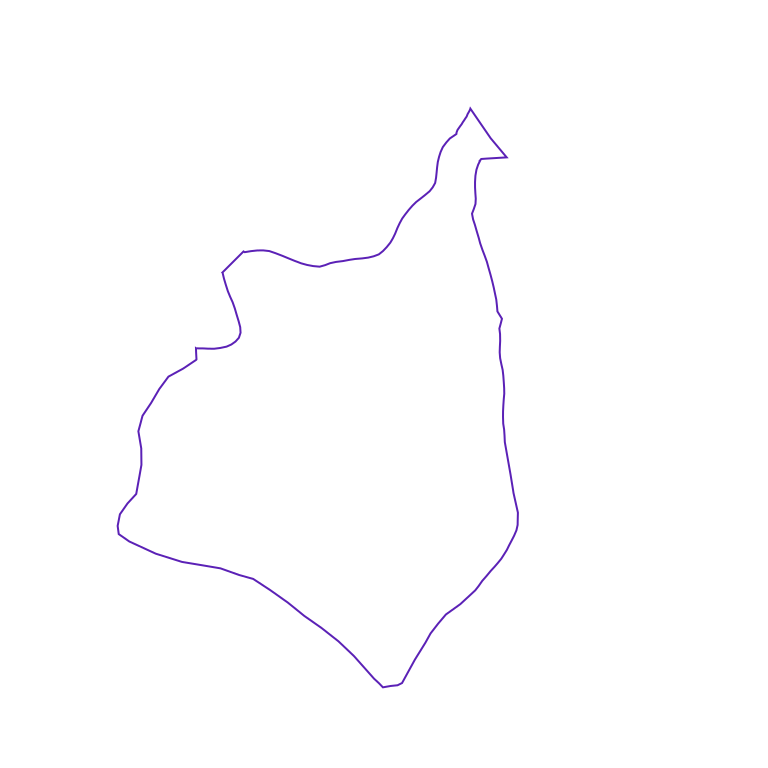 outline of Yafi', Lahij, Yemen, rotated 125°
{"feature_id": "15242507B78298704524990", "entity_name": "Yafi'", "entity_type": "district", "adm_level": 2, "iso_a3": "YEM", "parent_name": "Yemen", "parent_adm1": "Lahij", "projection": "equal_earth", "projection_center": [45.205, 13.861], "detail": "fine", "context": "isolated", "style": "outline", "palette": "violet", "viewbox_px": 768, "rotation_deg": 125, "n_neighbors": 0, "source": "geoboundaries", "source_scale": "gbopen_adm2", "svg_char_len": 2806}
<svg xmlns="http://www.w3.org/2000/svg" viewBox="0 0 768 768"><g transform="rotate(125 384 384)"><path d="M633.1,210.9L627.5,205.3L623.0,200.1L618.6,197.7L592.1,200.6L572.2,201.7L561.6,202.8L549.2,202.2L537.3,201.1L520.5,195.2L500.7,190.9L495.2,190.6L488.9,190.6L482.6,189.9L476.2,189.4L470.2,188.6L465.3,188.1L459.9,187.7L455.0,187.9L449.4,188.2L444.3,189.0L438.8,189.7L433.7,190.4L427.9,191.6L422.8,193.7L418.2,196.8L412.6,200.5L399.0,215.4L397.0,217.3L385.5,228.5L362.3,251.7L357.1,255.7L352.5,259.4L348.1,263.6L342.6,267.7L338.1,270.8L332.7,274.2L327.9,277.1L323.0,279.9L318.6,283.1L314.2,286.6L308.8,291.0L304.4,294.9L300.4,299.3L296.2,303.7L291.7,307.4L287.1,310.4L282.0,313.6L276.5,317.6L272.4,321.3L267.4,323.1L262.9,324.8L259.5,332.7L255.3,336.2L250.4,340.5L246.3,344.9L241.9,349.6L237.9,354.1L233.5,359.3L231.3,362.0L229.2,364.6L224.9,369.8L221.1,375.2L217.8,380.1L213.6,385.9L209.9,390.3L205.8,395.5L201.5,400.8L198.0,405.5L194.0,409.6L189.2,410.8L184.1,412.3L179.6,415.1L175.3,418.6L170.7,422.2L166.3,425.3L160.9,428.6L155.4,431.2L150.3,432.7L146.3,433.3L146.3,433.6L143.9,433.4L140.8,429.6L128.0,413.5L121.5,437.6L108.9,471.2L109.5,471.0L111.7,470.6L115.1,470.3L117.5,469.7L119.8,469.7L122.2,469.6L124.4,469.6L126.7,469.4L129.2,469.5L129.8,469.5L131.5,469.5L133.7,469.5L136.2,468.9L137.7,468.1L145.1,470.9L150.3,471.5L156.2,471.7L161.5,470.7L166.3,469.2L171.2,467.3L176.0,464.8L180.6,462.2L185.1,459.7L190.0,457.4L195.0,456.9L199.9,457.2L205.5,458.7L210.5,460.2L216.3,462.0L221.7,463.0L227.3,463.6L233.0,463.9L238.0,464.0L243.2,463.4L248.5,462.5L254.5,461.1L259.5,460.3L264.6,459.9L270.4,460.3L275.7,461.1L280.8,462.6L285.3,465.7L289.5,469.4L293.7,474.0L298.1,479.3L302.0,483.4L306.9,488.2L311.5,493.3L315.9,497.4L320.4,500.4L324.8,504.0L328.0,509.6L330.6,515.3L332.7,521.2L333.5,524.5L334.3,527.5L335.9,534.5L337.1,539.9L337.4,541.2L339.1,548.0L340.9,554.2L343.9,559.7L347.3,564.4L351.4,569.1L355.9,573.7L356.0,574.4L356.0,575.1L385.3,580.3L385.3,580.2L389.4,575.6L393.3,570.7L397.5,565.2L400.7,560.2L403.9,554.8L407.7,549.5L411.8,544.4L416.1,538.9L419.9,534.4L424.3,530.9L429.3,529.4L429.5,529.4L434.4,530.0L439.2,531.7L443.7,534.4L448.4,538.8L452.4,543.2L455.8,548.1L457.4,550.7L459.0,553.2L462.6,558.4L462.6,558.5L465.8,556.1L469.4,553.3L471.3,551.8L471.5,551.7L471.9,551.7L485.4,556.9L486.9,557.5L491.5,559.8L501.6,564.8L516.9,565.2L517.0,565.2L533.3,563.9L548.5,563.6L553.7,561.7L553.9,561.6L563.6,558.1L576.0,545.9L589.4,536.3L599.5,531.6L604.5,529.3L616.2,523.9L629.0,525.6L642.2,525.6L653.0,520.8L659.1,515.2L659.1,502.3L653.9,473.6L645.6,447.4L636.5,428.4L628.8,412.2L623.6,393.3L618.7,379.3L618.1,359.0L618.2,342.6L618.2,337.7L619.7,316.2L619.7,295.3L620.5,281.0L620.9,273.7L624.1,252.5L631.1,223.1L632.0,216.5L633.1,210.9Z" fill="none" stroke="#5b21b6" stroke-width="2"/></g></svg>